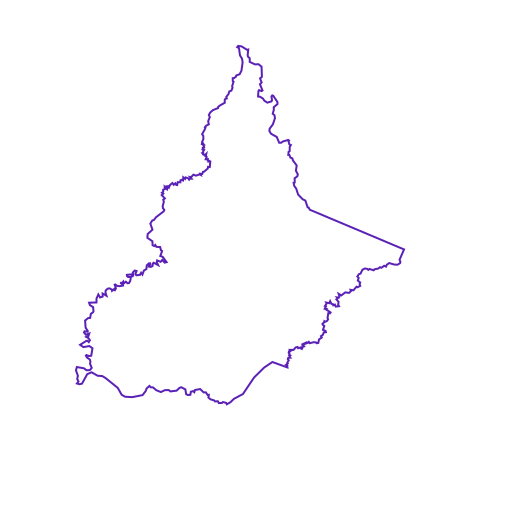 Humaitá, Amazonas, Brazil, rotated 203°
{"feature_id": "56859067B63589902021131", "entity_name": "Humaitá", "entity_type": "district", "adm_level": 2, "iso_a3": "BRA", "parent_name": "Brazil", "parent_adm1": "Amazonas", "projection": "orthographic", "projection_center": [-62.357, -7.512], "detail": "fine", "context": "isolated", "style": "outline", "palette": "violet", "viewbox_px": 512, "rotation_deg": 203, "n_neighbors": 0, "source": "geoboundaries", "source_scale": "gbopen_adm2", "svg_char_len": 6128}
<svg xmlns="http://www.w3.org/2000/svg" viewBox="0 0 512 512"><g transform="rotate(203 256 256)"><path d="M354.9,440.9L352.9,440.7L349.1,434.4L346.0,432.2L344.0,429.1L341.8,420.9L342.1,416.9L344.7,414.5L344.5,413.2L345.7,411.3L346.9,410.6L345.7,407.9L344.8,407.7L344.3,402.9L343.3,401.7L343.3,398.6L344.9,397.0L344.6,394.4L345.5,390.8L344.5,389.6L345.6,388.7L345.8,387.4L344.6,384.9L348.2,380.2L349.1,378.4L348.7,377.4L352.6,373.5L354.2,370.2L354.5,367.4L352.8,365.8L352.7,361.4L350.9,358.7L353.0,356.2L353.3,354.5L352.7,354.4L352.6,352.4L353.2,347.1L351.4,345.9L350.1,342.9L350.2,340.0L348.5,338.8L349.8,338.8L349.6,337.8L347.1,337.8L347.3,336.9L346.1,335.8L346.3,335.0L347.9,335.5L347.0,334.9L346.9,333.2L345.2,333.3L345.6,331.7L344.8,330.2L345.6,329.7L344.1,328.7L342.0,329.3L341.9,328.3L340.1,327.9L340.1,325.5L338.2,326.4L337.8,325.1L336.6,325.3L336.6,324.4L335.0,325.1L333.3,319.8L335.0,319.3L334.6,317.7L336.7,313.4L337.7,312.7L337.5,310.5L339.5,309.9L338.6,309.0L339.8,309.1L342.7,306.5L345.4,306.4L346.5,303.3L347.6,303.0L345.6,302.0L347.1,301.4L347.4,300.2L348.8,301.0L351.5,300.8L351.4,299.2L353.7,300.0L352.7,297.0L354.3,297.0L355.1,296.2L354.4,294.3L356.9,293.4L356.3,290.5L357.3,290.3L358.7,291.4L359.6,289.4L361.5,290.5L362.9,287.7L362.9,285.2L364.1,286.0L365.3,285.3L364.1,284.6L363.9,282.6L367.1,284.0L366.1,282.0L367.4,280.7L366.5,278.9L367.3,277.5L365.7,277.1L366.6,275.2L362.4,273.4L363.4,271.6L362.0,269.9L361.4,265.4L360.2,263.5L358.4,262.6L358.4,261.1L363.2,252.6L364.0,249.4L365.4,248.0L365.9,244.5L361.6,239.8L364.3,233.9L363.1,230.3L357.1,229.1L355.4,225.5L353.6,225.4L353.1,226.8L351.2,225.5L347.7,226.8L345.8,224.2L344.4,223.9L344.1,218.6L341.6,218.8L335.9,215.4L337.5,214.2L340.7,215.8L341.5,213.4L345.3,213.3L344.9,211.4L342.6,209.4L347.6,209.8L348.0,208.8L347.3,206.3L348.6,204.8L350.5,204.4L350.8,205.4L349.9,206.7L350.6,207.9L351.7,207.4L352.9,204.8L351.8,201.1L353.5,198.8L353.3,194.5L355.2,195.7L355.5,193.2L358.6,191.5L360.0,192.4L360.1,195.5L362.0,195.2L362.9,192.6L361.5,190.4L361.6,189.1L362.2,188.9L363.5,190.4L367.5,188.2L367.0,187.2L365.5,186.7L362.9,187.8L362.0,183.6L362.4,181.4L363.6,180.7L365.8,181.5L367.0,179.0L368.2,180.6L368.8,178.9L370.5,178.2L367.8,177.9L366.9,176.8L369.8,174.9L372.0,174.3L374.5,174.8L374.9,174.4L372.3,171.5L372.5,169.3L373.2,169.2L373.6,170.3L374.9,167.7L375.7,168.8L378.2,169.0L379.8,167.9L380.9,165.5L380.2,163.4L378.1,161.0L382.5,161.5L381.3,158.7L383.3,156.9L386.1,159.0L386.2,154.6L384.7,150.9L391.4,147.8L389.7,145.9L386.0,145.3L384.1,141.9L384.0,140.5L385.4,138.3L384.5,134.2L386.3,133.2L388.1,129.8L384.8,123.4L381.5,121.2L381.5,120.5L384.4,119.7L384.4,118.3L381.8,117.1L379.2,119.5L379.0,116.9L380.6,115.2L378.2,115.0L376.0,113.6L376.3,111.4L378.1,112.1L379.0,111.6L383.2,105.5L379.3,104.7L374.2,108.0L370.5,107.2L368.7,99.8L370.8,98.6L373.3,98.6L373.7,97.9L372.0,96.5L368.5,95.8L367.2,94.2L366.6,91.9L363.5,88.8L364.4,86.0L367.4,84.6L370.4,85.4L377.5,83.8L377.1,80.5L373.1,76.1L372.6,73.0L370.4,71.2L371.0,68.7L368.4,69.0L366.3,70.5L365.2,81.3L361.9,84.7L355.0,83.9L350.6,85.4L346.9,84.9L331.7,80.6L325.5,75.8L321.6,75.3L314.8,77.7L306.1,83.6L304.8,88.5L304.9,91.4L303.3,94.8L301.6,94.0L299.5,94.8L295.4,93.5L290.4,93.6L287.6,96.8L284.0,98.5L281.9,97.9L276.5,101.0L274.8,104.8L273.5,106.0L268.9,105.6L266.3,101.5L264.4,101.4L262.2,102.6L262.9,105.6L261.2,107.0L259.6,106.5L259.8,108.8L255.4,111.7L250.9,110.0L248.9,110.9L246.3,109.2L245.2,109.8L244.5,107.1L241.9,106.3L238.0,106.7L236.9,106.1L234.4,107.4L232.8,106.1L230.1,107.3L229.3,108.7L226.0,109.1L224.9,108.1L222.4,111.4L220.5,115.9L214.1,123.8L210.3,143.4L204.9,156.5L199.5,164.8L183.5,165.7L184.5,167.6L185.8,167.7L184.8,169.5L185.5,170.0L185.1,172.8L186.3,173.3L186.5,174.8L184.9,175.7L185.8,176.0L185.5,177.7L186.8,177.7L186.7,178.8L188.1,179.7L188.4,181.2L186.9,182.6L187.8,183.0L184.7,184.3L183.8,187.3L182.2,188.5L181.2,187.6L179.1,189.2L179.0,188.5L177.9,188.4L178.3,189.4L177.4,189.3L177.5,190.8L176.6,191.5L178.2,192.1L177.7,192.5L178.6,193.1L176.4,195.5L176.3,194.5L175.8,194.9L175.3,196.3L174.4,196.2L173.8,197.6L172.5,196.7L169.2,199.2L167.0,199.9L166.1,199.4L164.7,200.3L165.4,203.8L163.6,206.6L164.9,207.6L163.6,209.7L163.8,212.0L161.9,213.2L162.7,214.2L165.5,214.2L165.8,218.3L167.9,218.9L168.3,219.7L167.3,221.6L167.6,222.7L166.6,222.5L165.2,224.1L164.9,225.9L165.9,226.8L167.1,231.6L165.5,232.1L165.3,233.2L170.8,234.2L170.6,234.7L172.1,234.3L171.9,236.9L173.0,236.9L172.4,239.9L173.2,240.6L170.1,241.2L170.1,243.4L167.8,241.4L166.5,241.7L165.6,240.8L164.4,242.1L162.9,240.6L160.0,242.2L161.4,243.4L162.1,246.1L165.1,247.5L164.2,249.2L165.2,249.6L163.4,250.2L163.4,251.4L165.2,253.5L162.0,253.1L159.6,257.4L155.9,258.4L154.8,261.0L155.7,261.8L152.9,262.5L151.5,267.0L150.3,266.9L148.4,269.2L149.7,270.7L149.7,272.3L152.7,273.2L152.9,275.9L154.7,276.7L154.2,279.5L152.9,280.6L152.7,284.9L150.8,287.1L148.5,287.6L147.2,287.1L146.5,288.4L142.1,288.8L141.7,290.1L138.6,292.2L137.5,294.1L135.9,294.2L134.2,297.1L132.2,297.0L132.2,299.0L130.7,301.5L125.1,302.2L122.2,303.4L120.6,305.7L120.8,307.1L122.4,308.6L122.3,319.9L224.5,319.6L226.4,321.1L227.5,321.0L232.2,326.3L235.3,326.5L241.2,329.0L245.4,333.8L248.2,335.5L250.0,338.1L249.1,338.8L250.8,342.7L249.1,345.5L249.4,347.5L252.6,350.1L253.9,355.2L259.3,358.4L260.7,360.1L262.7,360.0L264.9,362.1L265.8,361.7L266.7,364.6L266.0,365.7L267.6,369.6L267.3,371.8L268.9,371.8L270.8,374.2L270.7,375.2L271.7,375.4L276.0,371.9L277.1,370.1L278.9,369.3L283.4,373.7L289.9,374.4L292.5,376.3L293.2,378.5L291.9,383.8L292.4,390.3L294.0,392.8L296.2,393.5L296.7,397.5L297.8,399.9L295.6,404.2L296.5,406.2L302.7,410.2L303.8,410.2L304.1,408.9L302.1,405.6L302.2,404.3L305.5,401.6L309.0,402.2L311.0,403.6L314.4,404.2L316.4,403.6L318.2,408.7L318.0,409.9L315.4,409.9L314.7,410.9L319.5,415.7L318.6,417.9L321.7,421.1L320.6,423.0L320.9,424.0L324.9,432.5L328.6,433.5L331.8,432.0L337.6,432.2L339.0,435.5L341.3,436.4L342.2,437.8L343.8,443.0L344.6,442.3L351.3,443.3L354.5,442.4L354.9,440.9ZM341.5,329.8L342.1,329.7L341.7,330.7L341.5,329.8ZM187.9,180.3L187.4,181.4L187.9,181.6L187.9,181.0L187.9,180.3Z" fill="none" stroke="#5b21b6" stroke-width="2"/></g></svg>